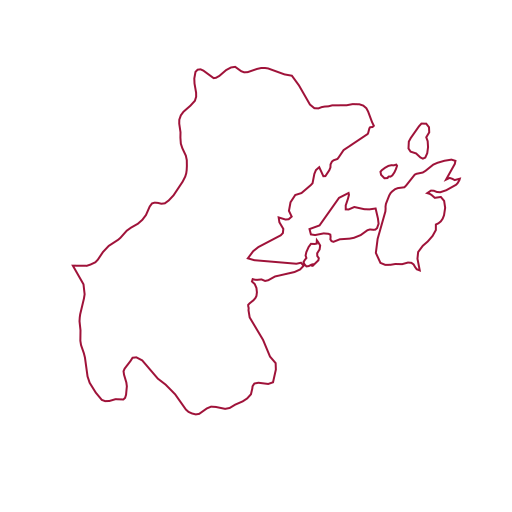 an SVG outline of Kumamoto, rotated 197°
{"feature_id": "JPN-1830", "entity_name": "Kumamoto", "entity_type": "Prefecture", "adm_level": 1, "iso_a3": "JPN", "parent_name": "Japan", "parent_adm1": "", "projection": "equal_earth", "projection_center": [130.522, 32.636], "detail": "fine", "context": "isolated", "style": "outline", "palette": "rose", "viewbox_px": 512, "rotation_deg": 197, "n_neighbors": 0, "source": "natural_earth", "source_scale": "10m", "svg_char_len": 4468}
<svg xmlns="http://www.w3.org/2000/svg" viewBox="0 0 512 512"><g transform="rotate(197 256 256)"><path d="M181.4,415.0L181.5,414.7L182.3,413.4L184.5,412.5L184.9,411.3L184.7,406.4L184.9,405.3L203.2,382.9L205.8,374.4L206.5,372.6L209.8,370.2L211.0,368.5L211.5,365.4L210.7,362.4L211.0,359.4L213.0,352.7L214.9,352.0L221.5,359.4L223.8,355.7L224.2,351.6L223.2,342.1L224.4,339.7L230.9,329.5L236.3,325.8L238.7,317.5L237.7,308.8L233.4,304.1L235.5,300.7L238.4,299.5L245.6,299.5L243.5,295.1L237.8,289.9L237.0,285.8L238.4,283.0L256.3,265.3L260.1,259.8L263.1,251.4L256.4,251.5L215.1,260.4L211.0,262.7L207.6,260.6L209.9,256.0L214.4,252.0L231.8,242.0L237.2,236.4L240.0,234.8L243.9,235.2L248.0,233.5L250.0,233.0L252.4,232.9L252.4,230.4L249.0,228.8L246.2,225.5L244.5,221.5L243.9,217.9L244.3,215.6L245.4,213.1L248.3,208.8L249.2,207.0L248.7,205.6L247.8,204.1L247.3,201.9L244.1,195.4L224.7,177.8L213.2,163.9L205.9,159.3L203.8,153.2L202.8,140.2L206.9,137.2L216.6,135.5L220.2,133.6L220.5,132.9L221.2,130.4L220.8,128.3L220.4,122.3L222.8,117.2L226.2,113.1L232.4,107.8L236.7,103.0L240.8,100.8L250.3,99.9L254.9,98.8L258.4,95.9L264.2,88.4L267.3,86.9L271.2,86.7L275.0,87.2L278.2,88.7L292.9,100.1L304.9,106.6L314.0,110.0L334.3,122.9L340.8,124.1L344.3,122.6L345.4,118.7L348.7,109.9L349.0,107.1L347.5,103.9L343.0,97.1L341.4,93.6L339.7,85.3L339.7,82.1L340.9,80.0L348.5,78.0L353.8,74.5L357.8,73.1L361.4,73.3L369.3,78.5L378.0,86.1L381.9,91.6L389.9,108.9L392.2,112.7L397.3,119.7L399.2,123.6L402.1,133.6L405.7,142.0L406.6,145.8L407.1,148.9L408.1,165.0L408.7,169.3L412.7,178.5L428.3,193.2L414.9,197.2L411.8,199.4L407.8,203.0L406.2,206.2L403.5,215.1L399.8,222.6L392.5,231.3L391.0,233.7L387.0,242.4L383.8,246.6L378.4,252.3L375.3,257.3L373.2,263.0L372.1,272.3L370.8,275.9L368.5,277.4L365.3,278.1L361.8,278.3L358.6,279.7L355.7,283.6L352.6,289.9L347.9,305.6L346.9,311.2L346.9,314.7L347.4,317.8L348.4,321.8L350.2,327.4L352.4,331.4L358.0,337.6L360.7,341.4L362.9,347.1L364.4,352.3L368.1,360.1L369.2,363.9L369.0,368.6L367.5,372.8L362.7,380.5L359.8,386.6L359.8,390.8L361.0,394.6L365.2,402.9L366.9,407.7L367.7,414.4L366.3,417.1L363.6,418.3L360.5,417.9L348.5,413.7L346.4,414.7L343.7,417.5L338.9,425.1L335.0,429.0L331.2,430.8L324.2,428.4L321.0,428.2L317.7,429.4L309.7,435.2L306.0,437.3L302.5,438.4L299.3,438.9L281.8,438.0L274.4,438.9L264.8,431.7L248.7,416.6L243.4,414.4L239.5,415.4L236.7,417.6L234.0,419.0L230.5,420.3L227.1,422.4L213.5,426.6L208.0,429.5L201.5,431.3L197.4,431.2L193.7,429.6L191.0,426.9L184.2,418.0L181.6,415.2L181.4,415.0L181.4,415.0ZM135.0,285.8L142.3,294.0L144.7,308.0L145.3,336.4L145.9,339.1L146.6,341.2L147.0,343.9L146.3,352.9L145.7,355.5L144.7,357.5L142.5,360.6L140.2,362.4L134.2,365.1L133.0,367.4L128.0,380.2L126.6,381.5L120.9,384.6L118.8,387.0L113.2,395.2L109.7,398.2L103.6,402.2L97.3,405.3L93.1,405.3L92.8,402.2L96.6,384.6L93.6,387.3L90.8,387.2L88.2,386.7L83.7,389.5L83.7,387.9L84.5,384.6L85.5,382.6L93.3,374.5L98.5,370.8L101.9,370.1L105.0,370.4L107.8,369.7L110.6,366.2L108.0,366.2L106.0,365.7L102.0,363.9L96.5,366.5L92.2,363.7L89.2,357.4L88.1,349.9L88.4,346.2L89.4,343.1L91.1,340.6L93.2,338.7L91.6,333.4L93.0,326.8L96.0,320.1L99.5,314.5L102.1,307.2L100.8,300.6L95.2,290.1L98.4,290.3L100.7,292.0L102.8,294.0L105.4,294.9L108.7,294.2L113.9,290.9L120.4,289.1L124.8,286.9L129.8,285.3L135.0,285.8ZM197.9,297.4L205.6,293.3L209.8,292.7L212.7,297.4L204.2,303.8L193.6,335.9L185.9,343.3L185.0,341.7L184.8,337.9L185.0,330.6L183.8,326.8L181.0,327.6L176.3,331.6L166.2,332.4L161.3,333.7L155.5,336.4L150.4,327.6L148.2,322.7L148.4,318.0L149.6,316.1L151.3,315.4L154.8,314.7L157.0,313.2L162.0,306.6L167.7,302.0L171.5,300.0L180.7,296.5L186.1,292.2L188.1,292.3L189.7,293.6L190.3,296.2L191.2,298.2L193.3,298.4L197.9,297.4ZM132.9,400.9L138.7,401.0L141.6,403.4L143.3,410.1L142.5,414.1L138.1,427.6L136.5,431.0L131.9,432.3L128.2,429.7L126.5,424.9L127.9,419.3L125.4,416.0L123.3,410.4L122.3,404.4L122.9,399.6L124.9,397.9L127.6,398.3L132.9,400.9ZM207.2,268.8L208.7,270.9L209.0,274.5L208.3,280.0L207.0,283.7L203.5,284.6L201.6,285.6L202.4,288.8L200.8,287.6L197.7,284.8L197.1,280.9L198.3,276.5L197.4,273.9L195.3,272.3L195.1,270.1L198.9,263.2L199.6,263.1L199.7,264.4L200.5,263.9L202.6,261.8L204.7,260.8L207.2,262.2L208.8,264.1L208.1,266.7L207.2,268.8ZM155.9,367.9L160.1,370.2L161.6,372.9L160.8,374.8L158.4,378.1L155.7,380.9L153.1,382.4L150.7,383.0L148.6,384.4L147.5,383.5L147.6,380.0L148.1,376.4L149.2,372.9L150.6,371.2L152.1,370.9L152.7,370.2L153.0,369.0L155.9,367.9Z" fill="none" stroke="#9f1239" stroke-width="2"/></g></svg>